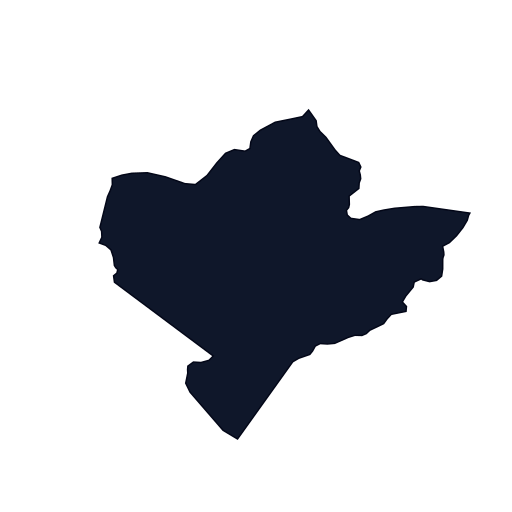 Simiyu, Albers equal-area conic projection, rotated 126°
{"feature_id": "TZA-5585", "entity_name": "Simiyu", "entity_type": "Region", "adm_level": 1, "iso_a3": "TZA", "parent_name": "United Republic of Tanzania", "parent_adm1": "", "projection": "albers", "projection_center": [34.096, -3.023], "detail": "fine", "context": "isolated", "style": "filled", "palette": "ink", "viewbox_px": 512, "rotation_deg": 126, "n_neighbors": 0, "source": "natural_earth", "source_scale": "10m", "svg_char_len": 1521}
<svg xmlns="http://www.w3.org/2000/svg" viewBox="0 0 512 512"><g transform="rotate(126 256 256)"><path d="M163.2,94.0L169.6,95.6L174.7,100.5L177.4,107.3L177.3,108.9L184.1,112.7L188.7,110.6L200.3,111.3L207.2,110.6L208.4,104.6L212.6,102.1L223.7,112.3L229.7,113.0L235.7,113.0L249.2,120.3L254.0,121.2L258.0,123.6L262.0,129.4L267.7,133.6L280.4,141.0L285.2,146.5L289.1,152.6L294.0,155.1L299.6,154.4L304.0,154.6L313.6,161.3L320.0,164.1L414.9,163.4L416.4,180.1L404.9,229.3L400.2,238.1L390.8,242.4L388.1,244.6L385.1,246.4L378.6,244.3L374.5,237.9L368.0,232.7L362.0,231.8L360.4,355.1L355.7,359.6L351.6,358.5L348.2,359.9L347.9,362.5L346.9,365.0L341.0,370.4L336.3,376.9L335.7,383.8L337.6,390.5L331.4,391.7L326.8,395.4L324.6,399.1L295.3,411.0L289.0,412.3L282.8,414.1L277.7,418.0L269.4,412.0L262.1,405.1L252.5,392.8L245.2,375.8L239.3,356.1L233.8,347.0L219.6,342.9L203.6,342.4L190.8,341.0L182.6,336.0L177.6,326.4L172.6,324.1L166.6,327.3L160.2,328.7L151.6,326.4L136.5,319.1L124.1,307.7L115.9,300.3L107.0,299.3L111.2,286.9L115.5,282.8L117.7,277.4L118.9,269.2L123.8,254.3L125.3,247.3L120.0,227.9L122.4,223.5L126.5,222.5L129.1,219.3L132.0,216.7L136.2,215.5L140.9,212.5L152.8,215.9L159.4,210.8L162.4,209.5L165.9,209.7L169.2,206.3L169.8,201.4L165.6,193.5L157.7,188.7L149.9,185.1L143.6,179.5L136.0,172.0L122.8,156.7L117.7,149.9L95.6,108.2L98.1,107.9L102.9,106.1L111.4,105.3L121.8,105.7L131.5,107.4L138.4,110.8L142.4,106.5L144.7,104.6L147.3,103.8L148.9,103.0L156.8,97.3L163.2,94.0Z" fill="#0f172a" stroke="#020617" stroke-width="1.5"/></g></svg>